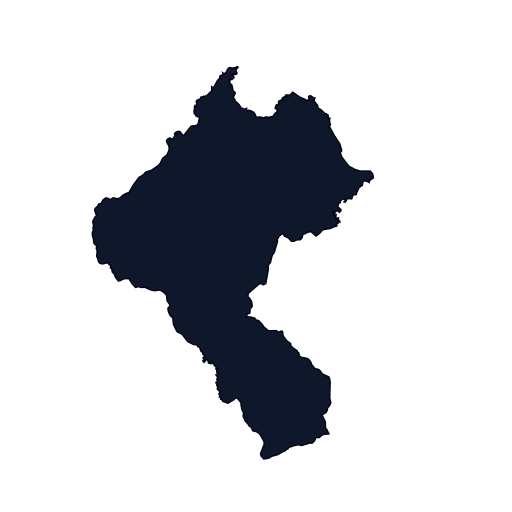 the district of Maros, Sulawesi Selatan, Indonesia, rotated 124°
{"feature_id": "22746128B73491405172020", "entity_name": "Maros", "entity_type": "district", "adm_level": 2, "iso_a3": "IDN", "parent_name": "Indonesia", "parent_adm1": "Sulawesi Selatan", "projection": "orthographic", "projection_center": [119.695, -4.965], "detail": "fine", "context": "isolated", "style": "filled", "palette": "ink", "viewbox_px": 512, "rotation_deg": 124, "n_neighbors": 0, "source": "geoboundaries", "source_scale": "gbopen_adm2", "svg_char_len": 6149}
<svg xmlns="http://www.w3.org/2000/svg" viewBox="0 0 512 512"><g transform="rotate(124 256 256)"><path d="M312.2,154.5L312.6,157.3L314.7,161.7L314.6,164.1L312.4,166.4L312.7,167.2L311.6,168.9L311.5,174.4L311.1,175.0L311.6,176.2L309.3,178.3L309.0,183.4L307.3,188.1L306.4,189.6L304.1,191.3L303.8,192.8L306.9,195.1L306.4,197.3L310.7,203.4L311.0,204.8L310.4,209.7L309.1,213.0L308.1,217.9L309.1,220.1L308.2,222.4L309.6,226.3L311.4,229.3L309.7,231.0L306.7,229.2L303.3,231.3L300.3,230.9L299.0,231.6L296.1,234.3L294.4,238.5L294.3,240.1L291.2,241.5L277.2,237.7L275.9,236.1L275.8,233.8L273.4,232.5L260.0,238.4L256.8,240.7L253.3,240.4L246.6,242.9L242.8,242.9L231.9,246.3L230.5,247.6L226.4,247.9L222.9,246.6L221.8,245.4L222.9,244.9L223.6,243.5L222.9,239.2L224.0,235.1L222.7,233.0L219.6,231.0L217.7,228.3L215.0,228.0L211.6,229.3L209.6,227.4L208.4,227.2L205.0,224.1L205.9,217.4L201.8,216.0L196.9,215.3L191.5,209.7L187.8,207.5L186.3,205.9L185.6,206.0L185.8,206.8L185.3,206.6L184.6,207.3L183.3,206.3L182.9,207.1L181.9,206.8L181.0,207.3L181.2,205.3L180.8,205.3L179.9,207.5L180.7,208.7L179.7,209.6L178.9,208.6L178.4,208.8L179.0,209.9L181.2,210.0L181.3,210.5L177.2,212.6L178.8,213.5L179.0,214.6L176.1,214.3L176.6,215.7L178.0,216.1L177.3,217.3L175.3,216.7L174.8,215.3L172.7,213.5L173.2,211.3L170.8,210.9L169.8,212.1L169.6,215.6L166.3,217.1L164.8,216.0L162.5,216.9L159.7,215.4L159.4,213.5L160.2,213.0L161.9,213.3L161.6,212.2L159.8,212.1L157.4,212.6L155.1,208.6L151.1,209.7L148.9,207.2L147.4,208.0L141.5,208.8L137.9,207.4L135.3,208.6L133.3,208.7L131.9,205.1L131.8,203.3L130.2,204.1L125.6,202.4L123.9,203.9L122.7,205.2L121.7,208.7L127.3,217.0L129.0,222.8L129.6,229.3L126.2,239.6L123.7,243.6L123.0,244.1L121.7,243.6L120.1,244.4L116.1,249.4L112.2,258.8L108.2,266.2L108.6,267.3L107.4,267.9L106.6,267.5L105.5,267.8L102.9,270.7L100.4,271.9L101.2,274.2L99.7,274.3L98.8,275.1L99.1,276.2L98.7,277.4L99.4,278.0L98.4,284.3L98.6,287.4L96.7,289.1L95.1,294.3L94.0,295.1L92.1,295.5L92.7,297.3L92.5,299.9L93.5,301.4L94.5,301.4L96.0,299.9L99.4,300.6L98.6,302.1L99.8,308.8L99.7,317.1L101.9,317.6L103.9,317.3L103.9,318.6L104.8,319.4L105.2,318.4L105.8,318.5L105.0,320.3L106.1,321.4L106.8,321.0L106.4,319.7L107.9,320.4L107.9,321.3L109.3,322.1L109.1,321.2L110.1,321.1L110.1,320.0L110.6,319.9L111.2,320.5L110.7,321.2L110.9,322.3L112.3,322.0L115.1,323.8L117.1,322.4L118.9,322.5L119.0,323.5L119.8,323.6L122.8,322.8L122.8,320.6L124.3,319.1L127.1,319.9L131.8,320.2L132.0,321.4L134.0,322.8L134.9,325.3L136.6,326.6L137.4,326.4L137.9,329.1L138.8,329.4L138.5,330.5L140.6,332.8L140.3,334.1L138.5,337.0L138.1,339.5L139.1,343.5L140.3,344.0L140.1,345.8L138.9,346.3L141.0,347.8L141.0,349.4L141.6,351.0L140.0,354.5L139.1,360.0L137.9,361.5L137.2,363.6L133.0,364.1L132.2,364.6L131.8,367.6L129.0,370.1L128.0,371.9L127.7,371.8L127.5,374.4L126.9,374.6L126.7,375.5L125.7,375.4L125.6,376.3L124.6,376.4L123.1,374.6L120.8,373.9L119.8,374.7L119.0,377.0L116.5,374.1L115.4,373.8L113.2,376.7L109.5,376.5L109.8,377.8L111.0,378.0L113.5,380.8L114.7,383.5L117.3,384.1L119.0,383.5L122.6,383.9L122.7,386.0L123.8,384.6L126.9,386.6L129.1,385.5L132.0,386.1L138.2,385.4L140.5,385.7L140.5,387.4L143.9,385.0L147.8,386.0L148.9,385.7L149.2,386.3L150.5,386.4L151.7,387.5L153.4,388.0L153.0,388.9L154.3,389.4L154.9,390.5L156.5,389.9L160.3,392.2L161.0,391.6L161.7,391.7L162.0,390.9L163.9,389.9L165.0,389.7L165.3,390.6L166.0,389.9L166.6,390.5L167.4,389.6L167.9,389.8L168.8,388.9L169.7,388.8L170.0,388.1L170.6,388.4L172.5,386.7L172.4,385.6L173.5,384.1L172.6,380.3L178.9,377.8L181.3,378.5L184.6,382.4L196.7,383.3L196.6,385.0L195.3,388.8L196.5,390.6L198.1,391.6L200.2,392.0L200.5,391.3L199.5,389.9L202.2,390.6L205.5,390.4L206.2,391.0L206.3,393.5L208.7,394.7L210.6,394.6L211.4,393.8L213.5,389.8L215.6,387.9L217.9,387.0L222.2,386.4L227.1,388.0L232.8,387.2L235.5,387.6L243.1,390.5L248.2,394.3L251.9,394.9L256.5,397.0L266.1,397.4L274.4,396.8L277.0,398.8L280.0,400.3L284.3,401.4L286.3,403.4L287.5,406.9L290.6,408.3L291.3,412.0L291.9,413.0L295.2,414.2L298.7,413.7L300.9,415.4L303.5,415.2L306.3,415.9L307.6,415.7L309.0,414.5L311.8,410.7L313.5,411.2L317.8,410.9L319.3,410.1L321.9,407.4L323.6,407.1L325.3,405.4L327.8,404.9L330.4,403.2L332.5,400.6L332.4,399.7L333.5,399.8L336.0,397.5L337.0,393.3L339.0,392.7L340.6,390.5L345.3,387.9L347.1,385.1L348.8,383.4L349.3,381.4L348.4,378.8L345.5,376.2L344.7,376.2L345.4,370.9L347.3,369.9L347.3,368.4L349.7,366.1L350.3,363.1L352.1,360.9L353.7,356.2L352.6,355.0L348.5,352.6L345.8,348.6L348.3,343.1L349.4,338.3L346.9,336.1L346.4,333.8L344.1,330.7L343.0,324.5L341.5,320.7L338.2,317.0L337.6,314.4L338.1,309.4L338.9,307.9L342.8,304.7L344.7,299.9L345.8,299.5L348.6,299.8L351.1,297.5L353.3,294.0L353.8,290.4L358.8,286.2L362.5,279.9L362.9,278.6L362.2,273.6L365.1,264.7L364.3,258.5L362.3,254.1L363.2,254.1L363.7,253.4L363.2,251.8L365.9,248.0L365.5,246.7L367.4,244.6L367.2,243.1L368.2,242.3L369.2,242.8L369.3,242.0L370.3,242.7L370.9,241.1L372.6,241.5L373.2,240.2L373.0,239.4L370.0,239.3L369.2,238.4L369.8,237.0L371.3,235.6L370.5,233.1L369.0,233.6L369.2,231.5L370.2,228.6L370.1,227.0L372.1,226.1L372.0,225.5L370.9,225.1L370.8,224.1L372.8,224.5L374.3,223.6L374.7,222.8L374.2,221.4L374.6,221.1L376.9,222.7L378.1,219.8L380.1,219.6L380.5,218.2L383.5,218.4L383.9,217.0L385.2,216.1L385.9,214.6L388.0,213.7L388.7,209.9L391.1,209.6L392.0,207.7L393.4,207.5L393.1,205.9L394.5,205.1L394.1,204.0L395.0,202.3L393.8,197.0L387.4,194.0L386.3,193.9L384.1,192.5L386.2,186.0L387.5,185.5L391.7,181.2L392.8,178.7L396.1,177.0L398.8,172.6L399.7,168.8L400.8,166.5L400.7,164.3L402.7,160.8L401.4,157.6L401.4,154.2L402.8,150.4L405.3,145.7L407.0,144.1L417.3,141.7L418.9,140.0L419.9,136.0L416.6,132.5L413.3,131.0L408.5,126.9L403.7,124.6L401.5,123.0L399.2,122.7L398.1,121.7L396.5,121.8L392.0,118.5L388.7,115.3L387.6,112.2L380.8,106.7L379.9,104.9L376.2,104.1L373.7,104.8L373.0,104.6L370.9,101.9L368.0,101.3L366.1,100.2L362.7,96.1L360.6,99.6L359.7,102.2L354.6,105.9L351.0,112.1L350.4,112.3L346.9,110.5L344.3,110.6L341.9,111.7L338.7,111.4L336.0,111.8L332.5,115.5L319.1,124.0L316.2,126.8L315.5,128.2L316.7,134.8L315.1,139.3L315.2,141.4L316.1,142.9L316.3,144.6L314.8,149.2L313.3,151.4L312.2,154.5Z" fill="#0f172a" stroke="#020617" stroke-width="1.5"/></g></svg>